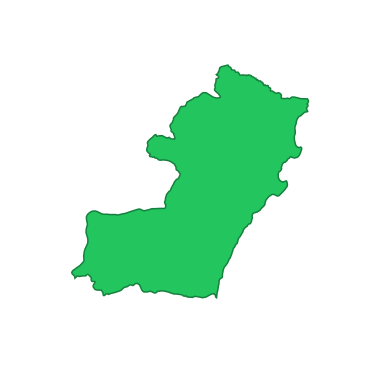 outline of Kaur, Bengkulu, Indonesia, rotated 250°
{"feature_id": "22746128B79405855452274", "entity_name": "Kaur", "entity_type": "district", "adm_level": 2, "iso_a3": "IDN", "parent_name": "Indonesia", "parent_adm1": "Bengkulu", "projection": "equal_earth", "projection_center": [103.389, -4.591], "detail": "fine", "context": "isolated", "style": "filled", "palette": "green", "viewbox_px": 384, "rotation_deg": 250, "n_neighbors": 0, "source": "geoboundaries", "source_scale": "gbopen_adm2", "svg_char_len": 6070}
<svg xmlns="http://www.w3.org/2000/svg" viewBox="0 0 384 384"><g transform="rotate(250 192 192)"><path d="M84.3,178.9L89.2,181.4L90.2,182.2L95.4,185.1L95.9,185.6L97.1,186.1L97.6,186.4L98.1,186.5L99.7,187.4L100.3,188.0L100.9,189.0L101.2,190.7L101.7,191.5L104.1,192.4L105.4,193.1L108.2,194.8L110.3,196.6L111.6,198.8L113.1,201.0L116.3,204.1L116.6,204.9L119.5,207.6L121.8,209.3L122.2,209.8L123.3,210.4L124.6,211.5L125.2,212.3L125.9,213.5L127.5,215.0L128.4,217.0L132.1,219.5L133.0,220.6L133.7,222.0L136.8,225.7L137.3,226.4L138.6,227.0L140.4,229.8L140.6,230.9L140.9,231.3L141.0,232.2L142.1,233.4L142.5,234.1L142.3,235.9L142.4,236.1L143.8,237.6L144.8,238.3L146.0,238.9L146.6,239.7L147.2,239.9L149.0,240.2L150.7,241.6L151.2,242.9L151.0,244.3L151.1,245.6L150.8,246.5L151.2,247.6L151.6,249.6L152.9,251.5L153.5,253.1L154.0,254.0L154.2,254.7L155.5,256.4L156.7,256.8L159.2,258.9L161.3,262.3L162.1,265.5L162.2,266.6L162.1,267.5L160.8,269.2L159.2,270.5L158.9,271.4L158.8,272.3L159.3,273.6L162.5,280.2L163.8,281.8L164.3,282.9L165.2,283.6L166.6,284.3L169.3,284.7L170.1,284.5L170.3,284.2L170.2,282.1L170.4,280.8L170.9,280.0L171.6,279.3L173.5,278.2L176.5,278.1L179.3,279.1L180.4,279.8L181.2,280.7L181.4,281.9L182.3,283.3L183.4,284.3L184.6,284.4L185.6,285.1L187.5,286.8L188.3,288.2L188.5,288.9L188.1,289.4L188.4,290.6L189.1,292.1L190.3,293.5L190.5,293.9L190.5,295.0L191.4,296.4L191.3,297.2L191.0,297.4L190.7,297.4L189.7,298.8L189.2,299.3L188.8,300.1L188.6,303.0L189.4,304.8L190.4,306.1L192.4,307.9L194.9,309.8L196.0,310.0L196.5,310.0L197.1,309.4L197.0,308.0L197.9,306.7L198.9,306.0L200.3,305.5L205.0,305.9L207.4,306.5L208.8,307.0L210.2,307.8L211.8,309.1L214.0,309.9L217.0,310.5L219.1,311.9L220.6,313.2L222.7,314.3L224.0,315.3L225.3,316.7L226.3,318.3L226.5,320.6L227.3,322.1L227.5,322.9L228.3,324.7L228.3,326.8L228.0,327.7L228.0,328.2L228.3,328.4L228.8,328.0L231.9,328.4L232.2,328.7L232.9,330.2L234.3,330.7L235.3,330.2L236.0,331.3L237.0,332.3L238.4,332.6L238.9,332.4L239.5,332.5L240.0,332.4L242.6,326.0L245.7,321.5L246.8,319.3L247.0,317.8L246.3,316.2L246.4,315.2L247.5,314.0L247.8,311.6L249.5,308.0L250.6,308.2L251.6,308.9L252.4,309.1L253.8,308.9L255.1,308.0L255.9,306.7L255.8,305.6L256.2,304.5L259.5,301.9L260.2,300.3L262.5,301.3L262.9,301.2L263.7,300.1L264.3,299.8L265.6,300.0L266.2,299.5L266.7,297.7L267.7,297.3L267.6,296.5L267.7,296.2L268.2,296.1L268.6,295.7L269.0,296.0L269.6,295.9L270.0,296.0L270.4,295.5L271.0,295.6L271.8,294.6L272.8,294.5L273.3,293.6L273.4,292.6L275.1,292.0L275.1,291.2L275.8,291.2L276.6,290.6L277.0,290.8L277.2,290.1L278.8,289.3L279.9,287.7L280.9,287.6L282.5,285.6L282.7,285.2L282.5,284.7L282.5,284.4L283.0,283.9L283.1,283.6L282.7,283.0L283.7,282.0L283.9,281.1L284.7,279.8L284.7,278.9L285.5,277.0L285.9,276.7L286.7,276.9L288.8,276.3L289.7,274.0L291.9,273.7L293.1,271.1L295.6,271.0L297.7,269.4L299.0,269.2L299.7,262.3L299.2,260.6L297.0,259.1L294.6,256.7L294.2,255.8L294.1,255.0L293.4,255.2L292.3,256.2L291.5,256.5L290.9,256.4L290.1,255.4L290.0,254.8L290.2,253.7L290.1,253.4L287.1,252.0L284.6,250.0L282.4,249.6L280.8,248.3L279.9,248.1L278.7,248.5L276.1,249.9L274.3,250.7L272.1,251.2L271.5,251.2L271.2,250.1L271.5,248.4L272.1,246.9L273.5,244.8L275.7,242.9L280.2,239.5L281.4,237.1L281.5,235.8L281.2,234.6L279.4,230.7L279.9,226.1L279.2,225.0L278.3,218.5L278.0,217.9L277.1,217.2L275.0,215.1L275.4,213.5L275.4,212.5L276.1,211.3L275.6,210.0L270.9,205.5L269.8,203.5L268.1,200.1L266.4,199.3L264.0,197.1L262.9,194.9L261.6,193.8L257.6,193.8L256.9,193.3L256.0,193.2L253.2,194.9L252.5,194.5L250.2,194.6L248.3,194.3L247.8,193.9L247.7,193.3L248.4,192.6L248.4,191.5L249.4,190.3L251.2,189.2L251.2,187.1L252.2,186.0L254.5,183.8L254.8,183.7L255.4,182.6L256.3,179.2L256.2,179.0L256.5,177.8L258.3,177.7L258.4,176.8L257.9,175.3L256.9,173.5L256.2,171.2L254.6,167.9L253.5,166.9L250.6,166.5L248.2,164.4L246.6,163.7L245.2,163.8L243.0,164.9L241.7,165.8L240.8,164.5L239.8,164.5L239.1,165.8L238.1,167.0L237.8,168.5L236.7,168.8L235.5,170.7L233.9,171.5L233.3,172.0L232.4,174.1L231.9,176.4L231.2,177.5L230.6,178.8L229.3,180.9L227.2,182.9L224.2,185.0L221.3,185.4L220.5,185.4L218.7,184.8L217.8,185.1L217.5,185.5L216.2,186.4L214.2,186.7L213.5,187.2L213.1,187.2L211.4,186.0L209.6,184.0L209.2,183.1L209.1,181.6L207.4,178.9L206.5,177.9L205.4,177.1L204.8,176.0L203.5,174.8L202.8,173.8L201.1,172.6L200.6,171.6L200.3,170.3L198.3,167.2L195.1,164.9L193.3,164.1L192.0,162.8L189.8,162.6L188.9,163.0L187.3,162.2L186.2,161.5L186.0,160.7L186.1,160.0L187.1,157.6L188.3,153.9L188.7,152.3L189.5,150.2L190.1,147.9L190.1,145.9L190.4,143.1L190.7,140.8L191.6,139.3L193.3,137.8L194.1,136.5L194.3,134.7L194.6,128.4L194.7,122.2L195.3,118.6L195.7,114.5L197.0,112.3L198.9,107.0L200.0,105.0L201.0,102.2L201.8,100.6L202.1,100.0L206.2,96.1L207.2,94.6L207.9,92.7L208.1,91.6L207.7,88.7L206.6,86.2L205.9,85.4L204.7,84.2L202.8,83.6L197.3,82.7L193.3,79.9L190.3,78.6L183.8,78.1L182.3,77.7L181.1,77.2L179.4,76.4L175.1,72.1L173.2,70.6L168.9,68.3L164.5,67.1L164.0,66.6L163.2,65.4L161.3,61.7L159.0,53.4L158.1,52.0L157.3,51.4L156.2,51.4L153.0,52.9L151.0,52.5L152.1,55.0L152.0,56.2L151.2,57.0L150.4,61.1L149.8,62.5L149.5,63.4L150.3,64.8L150.2,65.8L149.5,66.5L145.8,68.1L144.3,67.3L143.2,67.1L142.2,67.4L141.2,69.9L140.7,70.2L140.0,69.7L138.9,68.1L137.9,67.2L137.0,66.8L136.6,66.7L133.6,67.5L132.3,69.3L131.2,72.2L130.6,73.4L127.1,73.8L125.4,73.3L124.8,73.7L124.7,74.4L125.5,76.3L125.6,77.1L125.2,77.9L124.5,78.2L124.3,78.9L124.4,80.9L123.9,85.8L123.8,89.3L123.9,91.5L124.2,92.5L125.3,94.9L125.6,96.0L125.3,97.4L125.2,98.9L126.0,101.8L125.7,102.7L124.3,104.5L124.4,105.2L125.2,107.1L125.0,108.8L124.9,109.2L122.7,111.0L117.1,111.3L115.4,111.9L114.7,112.4L114.2,113.3L113.5,115.6L112.9,119.2L110.1,121.9L109.7,122.8L109.7,124.0L110.5,125.9L110.0,127.3L109.6,129.2L108.9,131.1L107.8,133.0L105.8,135.9L104.6,137.2L103.8,138.5L102.4,139.9L101.6,142.2L98.9,147.3L98.2,147.9L97.3,148.3L96.7,149.5L96.3,149.9L96.5,150.4L95.9,151.4L95.0,151.5L92.7,156.9L93.1,158.4L92.1,160.8L89.0,165.9L88.5,169.3L89.4,175.1L89.3,176.6L89.0,177.7L88.2,177.9L87.4,179.1L86.6,178.5L85.1,178.4L84.3,178.9Z" fill="#22c55e" stroke="#15803d" stroke-width="1.5"/></g></svg>